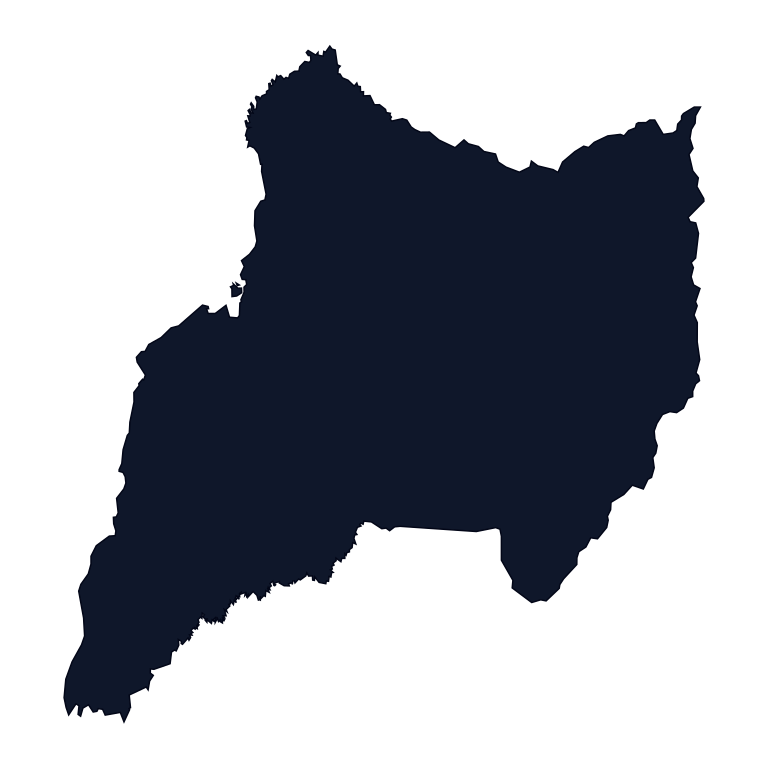 Mamuju Tengah, Sulawesi Barat, Indonesia (Equal Earth projection)
{"feature_id": "22746128B49136567123703", "entity_name": "Mamuju Tengah", "entity_type": "district", "adm_level": 2, "iso_a3": "IDN", "parent_name": "Indonesia", "parent_adm1": "Sulawesi Barat", "projection": "equal_earth", "projection_center": [119.569, -2.021], "detail": "fine", "context": "isolated", "style": "filled", "palette": "ink", "viewbox_px": 768, "rotation_deg": 0, "n_neighbors": 0, "source": "geoboundaries", "source_scale": "gbopen_adm2", "svg_char_len": 6055}
<svg xmlns="http://www.w3.org/2000/svg" viewBox="0 0 768 768"><path d="M699.5,380.7L698.5,375.7L696.0,373.0L699.7,359.6L697.2,341.9L697.3,322.6L694.0,315.1L697.2,305.8L695.5,301.8L700.0,288.5L693.6,284.9L691.1,276.8L693.4,267.6L691.2,262.6L695.6,258.1L698.5,233.4L695.7,222.9L690.1,221.7L688.1,217.3L703.9,201.3L703.7,198.5L696.9,186.6L698.3,177.9L692.8,170.9L689.0,154.5L693.0,148.4L689.9,138.6L691.4,129.4L695.1,123.2L695.6,115.7L700.4,107.1L694.2,107.1L683.4,113.6L681.6,116.1L681.5,120.0L677.7,124.1L676.8,130.5L673.0,133.0L663.2,134.4L654.7,120.0L649.8,120.0L646.2,122.6L638.3,122.7L636.4,123.9L635.4,127.9L628.6,130.6L624.1,135.9L620.3,134.4L607.8,135.9L594.3,142.3L588.6,147.5L583.7,146.2L574.9,151.6L562.6,162.0L558.0,172.4L553.1,169.6L537.8,165.9L531.4,161.1L530.0,167.0L519.4,172.2L506.0,167.1L498.2,162.0L495.5,154.0L483.9,151.5L478.4,146.5L468.4,143.8L464.0,139.9L455.1,147.7L438.9,140.0L429.5,132.1L420.5,132.2L414.9,129.6L411.2,127.0L406.8,120.1L402.4,118.7L391.6,121.1L390.2,119.0L391.4,117.1L389.8,115.1L390.4,113.3L386.3,112.6L385.5,109.4L379.5,104.7L374.4,104.8L370.0,95.6L363.4,95.9L363.5,91.7L360.6,91.8L360.3,86.6L357.9,86.3L356.8,83.0L354.2,86.1L348.0,80.2L342.3,77.8L340.0,74.0L337.8,73.8L338.2,68.5L340.2,66.1L337.3,64.8L335.2,50.0L332.0,49.1L329.8,46.1L325.6,52.1L323.8,51.4L323.1,56.2L318.0,55.1L318.0,52.5L315.7,55.1L308.1,50.5L306.3,52.5L308.3,55.5L310.5,55.5L310.9,60.4L309.4,62.4L304.8,61.5L299.8,66.7L298.9,71.1L294.4,71.3L289.8,74.2L288.6,78.4L286.0,77.4L283.9,79.2L280.7,75.6L277.9,76.8L276.8,75.5L275.3,81.9L272.2,79.4L271.4,80.7L273.1,84.8L270.9,86.2L270.1,83.2L268.8,83.6L269.2,89.7L266.5,91.4L266.6,93.9L262.1,95.8L259.8,99.2L259.0,97.0L256.2,96.3L255.5,97.8L257.2,101.9L256.3,109.0L253.7,109.5L253.7,106.3L251.2,102.8L250.5,104.2L252.0,106.9L251.1,109.0L253.1,113.2L251.2,113.0L249.4,109.4L248.1,110.6L250.2,114.6L250.0,116.0L247.8,115.8L249.8,122.4L247.5,123.4L246.4,120.6L245.2,121.1L246.6,127.0L250.1,127.5L247.3,128.8L245.5,135.5L246.9,137.5L246.5,139.9L249.1,140.4L247.7,147.1L249.9,145.8L254.2,148.0L258.5,153.8L260.6,164.3L262.0,164.3L261.6,171.4L266.1,194.2L264.9,200.0L260.8,201.2L255.0,210.7L254.5,225.8L256.9,241.0L255.2,246.9L249.5,254.3L241.5,260.6L244.3,266.6L240.5,274.7L242.2,279.4L245.8,279.7L246.7,284.5L244.0,287.2L244.1,292.2L240.9,299.8L241.5,301.7L239.9,303.0L239.4,315.5L237.6,317.9L229.5,317.2L226.0,305.3L215.2,313.5L208.2,313.5L206.5,308.8L208.6,308.7L208.1,306.5L202.5,305.1L178.7,325.9L171.1,327.9L161.1,337.6L148.8,344.5L145.1,351.4L141.4,351.7L136.4,357.3L137.2,362.1L145.4,375.0L143.7,379.9L142.6,379.2L138.8,383.6L139.1,385.7L133.9,392.4L134.0,402.0L129.9,422.1L129.3,433.0L127.3,435.4L123.1,449.7L121.8,463.6L119.1,469.7L119.1,471.3L123.0,472.4L125.2,476.7L125.9,483.1L123.8,489.0L116.6,498.3L118.2,512.9L116.3,516.9L113.4,517.3L113.7,523.8L115.9,530.8L115.2,535.7L109.3,536.1L96.3,545.7L91.0,556.2L91.0,564.1L88.3,573.9L80.9,584.3L78.7,591.1L83.6,618.0L84.6,636.0L81.5,644.9L72.1,661.8L65.8,679.2L64.1,697.7L66.1,707.4L68.7,714.9L76.0,703.8L79.0,705.8L78.1,714.4L80.6,716.2L82.9,708.1L88.5,704.8L93.2,712.0L96.9,711.3L98.3,708.6L102.6,709.3L105.2,715.1L120.3,712.4L124.0,721.9L129.6,709.7L129.1,708.5L130.5,707.7L129.2,695.0L146.2,687.0L148.1,689.8L149.6,681.1L153.3,675.4L150.3,673.1L150.4,668.9L153.9,669.3L170.1,663.7L171.5,652.0L174.5,650.1L176.2,650.9L178.8,645.1L178.3,639.5L181.4,641.3L181.2,643.5L182.5,644.3L188.0,638.0L189.0,640.2L190.6,637.5L189.5,634.8L192.0,635.1L191.0,633.4L192.8,632.5L191.0,630.7L192.9,628.2L195.0,629.0L194.7,627.6L197.3,628.7L196.7,624.8L197.5,626.6L199.0,624.9L197.8,624.1L199.0,622.3L198.0,619.6L200.5,617.1L201.9,618.3L202.2,613.1L204.4,614.8L203.1,616.5L204.6,618.8L206.7,618.9L205.3,620.3L206.9,622.2L207.1,619.8L211.4,623.4L212.1,619.8L214.5,621.7L213.1,619.6L216.5,616.8L215.1,618.6L215.2,622.5L217.4,618.4L218.5,621.5L220.2,619.8L220.2,621.6L222.4,622.9L222.2,620.0L223.9,620.8L224.8,619.0L222.7,618.7L222.4,617.5L224.3,617.4L223.0,615.7L226.1,615.8L224.3,609.6L227.0,611.8L226.1,609.5L229.8,606.0L228.8,604.4L230.4,603.9L230.4,600.7L233.4,604.5L234.1,600.6L236.3,602.6L235.4,600.4L237.2,598.4L235.1,598.6L236.1,595.8L239.2,599.3L238.3,596.4L239.7,596.7L239.5,593.5L241.2,592.2L241.0,594.0L245.4,592.4L244.9,595.4L246.4,593.6L246.7,596.5L248.1,594.8L247.9,597.1L253.1,591.5L256.9,595.3L258.6,600.8L258.1,599.1L260.3,600.1L260.2,596.1L260.9,598.6L263.8,595.6L265.3,596.3L265.8,590.6L269.2,592.3L267.6,588.5L268.0,587.5L268.5,589.3L270.0,589.7L269.1,587.7L271.3,585.9L270.0,583.5L272.8,581.1L273.9,585.4L274.7,585.7L275.6,584.8L273.8,583.4L279.4,581.4L279.2,582.9L284.1,585.7L289.3,585.9L288.6,583.7L291.8,582.8L292.3,584.4L292.8,581.0L294.4,580.8L295.0,582.9L298.6,579.0L300.3,579.9L305.8,575.9L306.8,572.9L308.6,576.1L312.4,575.9L312.7,580.1L314.4,580.4L314.8,576.9L319.1,582.4L325.8,583.7L326.3,581.0L328.5,581.3L329.1,576.4L330.9,577.0L331.6,572.6L333.1,572.4L330.4,569.9L332.3,569.0L331.6,566.3L334.0,565.1L333.1,563.1L336.1,560.7L336.0,558.1L340.9,561.7L341.8,558.3L344.8,558.4L344.8,553.8L346.1,555.2L346.8,552.6L349.4,551.9L349.4,549.6L352.1,547.6L352.7,542.6L355.8,544.0L353.9,538.4L354.7,535.0L356.9,534.5L355.4,532.3L357.4,527.3L361.0,526.0L359.7,524.5L360.8,523.2L363.1,524.2L363.8,521.1L371.4,521.9L381.8,528.7L386.1,528.1L389.6,530.7L394.7,526.8L400.1,526.3L476.3,531.5L495.7,527.6L500.0,529.2L501.4,536.2L501.4,560.2L512.9,580.3L512.2,587.9L531.7,602.5L540.7,599.8L546.1,600.9L559.2,588.4L559.8,584.6L563.6,578.8L576.8,564.5L576.9,557.8L578.8,551.7L585.9,547.0L590.7,537.8L597.5,538.8L606.7,527.5L608.2,520.2L607.4,516.3L610.6,509.8L611.0,502.3L623.9,494.4L632.3,485.2L643.3,489.0L647.9,479.3L651.5,477.4L654.2,467.8L652.8,457.6L655.8,453.1L657.2,445.7L654.9,439.0L654.2,431.0L656.9,423.4L662.5,414.5L669.9,411.6L676.6,412.6L683.4,408.1L687.8,398.3L692.7,396.6L692.7,391.1L695.7,383.8L699.5,380.7ZM237.9,288.2L233.2,283.8L233.6,285.4L230.5,286.8L231.9,288.8L232.0,296.6L236.7,296.0L241.7,292.7L241.5,288.1L237.9,288.2ZM239.3,285.0L236.3,283.1L237.3,285.6L239.3,285.0Z" fill="#0f172a" stroke="#020617" stroke-width="1.5"/></svg>